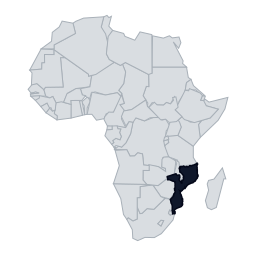 Mozambique highlighted on a map of Africa
{"feature_id": "MOZ", "entity_name": "Mozambique", "entity_type": "country or territory", "adm_level": 0, "iso_a3": "MOZ", "parent_name": "Africa", "parent_adm1": "", "projection": "mercator", "projection_center": [35.316, -18.663], "detail": "fine", "context": "in_parent", "style": "filled", "palette": "ink", "viewbox_px": 256, "rotation_deg": 0, "n_neighbors": 49, "source": "natural_earth", "source_scale": "50m", "svg_char_len": 14690}
<svg xmlns="http://www.w3.org/2000/svg" viewBox="0 0 256 256"><path d="M177.9,135.4L193.3,146.2L193.3,157.4L196.5,162.8L194.2,164.5L179.8,166.3L177.4,160.1L168.7,156.9L165.4,151.6L164.6,145.7L168.7,142.4L167.8,135.9L177.9,135.4Z" fill="#d9dde1" stroke="#a8b0b8" stroke-width="1"/><path d="M54.1,49.7L54.1,54.6L44.5,54.5L44.6,62.7L41.9,62.9L41.7,69.1L29.7,70.1L41.2,48.8L54.1,49.7Z" fill="#d9dde1" stroke="#a8b0b8" stroke-width="1"/><path d="M164.6,145.7L168.7,156.9L162.9,157.5L161.8,167.1L165.4,168.3L165.7,171.5L158.3,166.6L143.7,165.0L142.5,153.9L137.7,152.8L134.6,155.9L130.1,156.1L126.8,149.7L114.7,149.5L118.9,145.7L121.7,147.1L125.9,142.9L130.6,133.8L133.2,120.4L135.9,117.9L144.5,120.9L153.9,117.3L158.9,117.4L162.0,120.1L165.7,119.2L170.0,126.2L166.2,130.9L164.6,145.7Z" fill="#d9dde1" stroke="#a8b0b8" stroke-width="1"/><path d="M200.2,137.5L198.5,124.5L201.8,120.3L210.1,118.0L218.3,109.2L206.3,105.8L203.1,101.7L204.8,99.0L209.0,102.1L227.9,97.4L224.9,109.0L218.1,120.3L200.2,137.5Z" fill="#d9dde1" stroke="#a8b0b8" stroke-width="1"/><path d="M193.3,146.2L177.9,135.4L181.2,127.1L178.2,120.2L182.0,116.6L190.2,122.1L201.0,121.2L198.5,124.5L200.2,137.5L193.3,146.2Z" fill="#d9dde1" stroke="#a8b0b8" stroke-width="1"/><path d="M150.8,108.6L148.5,107.3L147.5,106.5L147.8,103.1L143.1,95.7L146.3,86.4L148.8,86.6L148.7,73.2L152.0,73.2L152.0,67.0L186.5,67.0L188.3,77.5L191.0,79.4L186.5,82.6L184.8,92.8L178.9,101.5L178.1,107.2L174.5,96.7L170.5,103.9L166.5,102.5L163.5,105.1L157.1,104.9L152.2,102.6L148.8,107.4L150.8,108.6Z" fill="#d9dde1" stroke="#a8b0b8" stroke-width="1"/><path d="M148.6,74.5L148.8,86.6L146.3,86.4L143.1,95.7L145.8,100.0L131.6,109.6L123.7,111.0L119.9,104.7L124.3,103.4L121.8,93.5L118.7,90.4L123.7,83.6L125.6,72.0L122.5,64.3L125.4,62.5L148.6,74.5Z" fill="#d9dde1" stroke="#a8b0b8" stroke-width="1"/><path d="M126.8,219.4L128.2,217.7L133.0,220.9L137.2,219.0L137.2,207.0L140.1,213.6L142.1,213.3L147.1,208.6L153.9,209.3L164.9,198.5L170.0,199.0L172.2,205.7L171.9,210.4L169.6,210.1L168.5,213.4L170.3,215.1L174.8,213.3L173.0,220.0L161.4,233.6L154.3,237.6L145.0,237.4L137.7,240.6L132.8,238.3L132.3,229.7L126.8,219.4ZM163.6,220.6L161.0,220.3L157.8,223.7L161.0,226.0L163.6,220.6Z" fill="#d9dde1" stroke="#a8b0b8" stroke-width="1"/><path d="M163.6,220.6L161.0,226.0L157.8,223.7L161.0,220.3L163.6,220.6Z" fill="#d9dde1" stroke="#a8b0b8" stroke-width="1"/><path d="M170.0,199.0L160.8,196.6L152.8,185.0L158.0,185.6L167.3,178.3L174.8,181.9L174.3,192.9L170.0,199.0Z" fill="#d9dde1" stroke="#a8b0b8" stroke-width="1"/><path d="M164.9,198.5L153.9,209.3L147.1,208.6L142.1,213.3L140.1,213.6L137.2,207.0L137.2,197.7L140.0,197.6L140.1,186.6L152.8,185.0L160.8,196.6L164.9,198.5Z" fill="#d9dde1" stroke="#a8b0b8" stroke-width="1"/><path d="M137.2,197.7L137.2,219.0L133.0,220.9L128.2,217.7L126.8,219.4L123.5,214.5L120.8,198.6L113.4,183.7L152.2,184.5L140.1,186.6L140.0,197.6L137.2,197.7Z" fill="#d9dde1" stroke="#a8b0b8" stroke-width="1"/><path d="M30.7,92.7L28.1,89.3L32.4,84.1L36.9,83.6L43.9,89.6L45.8,96.1L30.8,96.3L30.3,94.0L39.1,93.0L30.7,92.7Z" fill="#d9dde1" stroke="#a8b0b8" stroke-width="1"/><path d="M45.8,96.1L43.9,89.6L45.4,87.3L63.2,87.0L60.5,57.6L65.0,57.6L88.5,74.2L88.5,76.1L91.7,75.8L89.9,86.8L76.2,88.5L67.7,93.1L63.6,102.3L56.0,102.8L52.8,96.5L49.8,97.9L45.8,96.1Z" fill="#d9dde1" stroke="#a8b0b8" stroke-width="1"/><path d="M29.7,70.1L41.7,69.1L41.9,62.9L44.6,62.7L44.5,54.5L54.1,54.6L54.1,49.7L65.0,57.6L60.5,57.6L63.2,87.0L45.4,87.3L43.9,89.6L36.9,83.6L31.4,85.0L32.0,72.9L29.7,70.1Z" fill="#d9dde1" stroke="#a8b0b8" stroke-width="1"/><path d="M87.1,114.4L84.7,114.7L84.2,105.9L81.6,102.0L87.6,96.7L90.4,101.2L87.2,107.8L87.1,114.4Z" fill="#d9dde1" stroke="#a8b0b8" stroke-width="1"/><path d="M122.5,64.3L125.6,72.0L123.7,83.6L118.7,90.4L121.8,93.5L120.6,96.0L117.4,92.7L105.5,95.0L95.1,91.9L91.3,92.9L89.8,98.5L82.3,94.9L80.4,88.7L89.9,86.8L91.7,75.8L114.2,62.3L120.4,65.4L122.5,64.3Z" fill="#d9dde1" stroke="#a8b0b8" stroke-width="1"/><path d="M87.1,114.4L92.0,92.2L105.5,95.0L117.4,92.7L121.7,97.2L113.5,112.2L106.2,113.8L104.0,118.7L96.5,120.2L91.9,114.3L87.1,114.4Z" fill="#d9dde1" stroke="#a8b0b8" stroke-width="1"/><path d="M121.5,94.9L124.3,103.4L119.9,104.7L124.2,110.2L121.4,118.8L125.7,127.6L107.4,126.0L104.0,119.5L104.8,116.6L108.7,112.1L113.5,112.2L121.5,94.9Z" fill="#d9dde1" stroke="#a8b0b8" stroke-width="1"/><path d="M81.9,100.4L84.7,114.7L82.4,115.3L79.2,101.3L81.9,100.4Z" fill="#d9dde1" stroke="#a8b0b8" stroke-width="1"/><path d="M79.4,100.4L82.4,115.3L71.0,118.1L70.8,100.5L79.4,100.4Z" fill="#d9dde1" stroke="#a8b0b8" stroke-width="1"/><path d="M56.0,102.8L61.3,101.8L71.1,104.4L71.0,118.1L56.9,119.9L57.3,116.0L54.3,113.7L56.0,102.8Z" fill="#d9dde1" stroke="#a8b0b8" stroke-width="1"/><path d="M39.5,95.7L49.8,97.9L52.8,96.5L56.0,102.8L55.2,110.2L52.5,111.3L50.9,107.7L48.8,108.2L47.0,103.2L40.8,106.6L35.3,100.3L39.5,95.7Z" fill="#d9dde1" stroke="#a8b0b8" stroke-width="1"/><path d="M30.8,96.3L39.5,95.7L39.3,98.0L35.3,100.3L30.8,96.3Z" fill="#d9dde1" stroke="#a8b0b8" stroke-width="1"/><path d="M54.8,110.2L54.3,113.7L57.3,116.0L56.9,119.9L46.0,112.8L49.6,108.1L52.5,111.3L54.8,110.2Z" fill="#d9dde1" stroke="#a8b0b8" stroke-width="1"/><path d="M40.8,106.6L47.0,103.2L49.6,108.1L46.0,112.8L40.8,106.6Z" fill="#d9dde1" stroke="#a8b0b8" stroke-width="1"/><path d="M63.6,102.3L66.9,93.8L76.2,88.5L80.4,88.7L82.3,94.9L85.6,95.6L81.9,100.4L70.8,100.5L71.1,104.4L63.6,102.3Z" fill="#d9dde1" stroke="#a8b0b8" stroke-width="1"/><path d="M158.9,117.4L150.3,117.7L144.5,120.9L135.9,117.9L133.0,122.4L129.1,121.7L125.9,126.0L121.4,116.7L123.7,111.0L131.6,109.6L145.8,100.0L147.5,106.5L158.9,117.4Z" fill="#d9dde1" stroke="#a8b0b8" stroke-width="1"/><path d="M133.0,122.4L130.6,133.8L125.9,142.9L121.7,147.1L116.0,145.5L114.0,147.3L111.6,144.2L113.8,142.6L112.7,140.6L115.9,138.3L120.0,139.8L121.3,136.5L119.6,132.5L120.8,129.1L117.9,128.8L117.3,126.0L125.7,127.6L129.1,121.7L133.0,122.4Z" fill="#d9dde1" stroke="#a8b0b8" stroke-width="1"/><path d="M112.1,126.0L117.0,125.8L117.9,128.8L120.8,129.1L119.6,132.5L121.3,136.5L120.0,139.8L115.9,138.3L112.7,140.6L113.8,142.6L111.6,144.2L104.9,135.8L106.9,129.7L112.1,129.5L112.1,126.0Z" fill="#d9dde1" stroke="#a8b0b8" stroke-width="1"/><path d="M107.4,126.0L112.1,126.0L112.1,129.5L106.9,129.7L107.4,126.0Z" fill="#d9dde1" stroke="#a8b0b8" stroke-width="1"/><path d="M168.7,156.9L175.9,160.9L174.4,172.9L175.9,173.6L167.1,176.1L167.3,178.3L158.0,185.6L146.8,184.4L143.0,180.0L143.1,170.4L149.1,170.5L148.8,164.6L158.3,166.6L165.7,171.5L165.4,168.3L161.8,167.1L162.0,159.4L163.7,157.1L168.7,156.9Z" fill="#d9dde1" stroke="#a8b0b8" stroke-width="1"/><path d="M174.6,159.6L179.0,162.3L179.8,172.5L183.1,175.6L181.2,182.2L179.5,175.6L174.4,172.9L176.7,163.4L174.6,159.6Z" fill="#d9dde1" stroke="#a8b0b8" stroke-width="1"/><path d="M172.6,213.3L170.3,215.1L168.5,213.4L169.6,210.1L172.6,213.3Z" fill="#d9dde1" stroke="#a8b0b8" stroke-width="1"/><path d="M114.0,147.3L116.0,147.1L114.7,149.5L114.0,147.3ZM115.1,150.4L126.8,149.7L130.1,156.1L134.6,155.9L137.7,152.8L142.5,153.9L143.7,165.0L149.2,165.5L149.1,170.5L143.1,170.4L143.0,180.0L146.8,184.4L113.4,183.7L119.3,165.7L115.1,150.4Z" fill="#d9dde1" stroke="#a8b0b8" stroke-width="1"/><path d="M167.9,139.6L168.7,142.4L164.6,145.7L163.7,140.9L167.9,139.6Z" fill="#d9dde1" stroke="#a8b0b8" stroke-width="1"/><path d="M222.4,167.9L225.8,178.9L223.8,178.9L216.3,207.5L211.4,209.7L207.4,207.7L205.4,200.6L208.6,190.2L207.2,184.0L208.6,180.4L214.0,179.1L222.4,167.9Z" fill="#d9dde1" stroke="#a8b0b8" stroke-width="1"/><path d="M30.3,94.0L35.5,91.8L39.1,93.0L30.3,94.0Z" fill="#d9dde1" stroke="#a8b0b8" stroke-width="1"/><path d="M106.9,40.0L101.2,27.0L103.8,16.8L107.0,15.4L108.9,17.6L111.4,16.3L108.8,26.2L112.7,30.4L106.9,40.0Z" fill="#d9dde1" stroke="#a8b0b8" stroke-width="1"/><path d="M54.1,49.7L54.1,44.9L75.5,33.4L73.0,23.2L75.8,21.3L83.6,18.1L103.8,16.8L101.2,27.0L105.6,33.9L107.8,43.0L106.4,53.9L109.3,59.5L114.2,62.3L95.8,74.5L88.5,76.1L88.5,74.2L54.1,49.7Z" fill="#d9dde1" stroke="#a8b0b8" stroke-width="1"/><path d="M185.2,90.2L186.5,82.6L191.0,79.4L193.5,85.7L204.6,95.4L202.5,95.8L195.7,89.9L185.2,90.2Z" fill="#d9dde1" stroke="#a8b0b8" stroke-width="1"/><path d="M41.2,48.8L51.5,41.3L52.3,32.3L59.2,27.0L62.1,21.1L73.0,23.2L75.5,33.4L54.1,44.9L54.1,48.8L41.2,48.8Z" fill="#d9dde1" stroke="#a8b0b8" stroke-width="1"/><path d="M186.5,67.0L152.0,67.0L152.5,35.8L163.4,38.1L169.4,35.8L172.3,37.9L179.0,37.0L180.9,42.7L178.6,48.3L173.3,41.9L183.1,60.9L182.6,63.5L186.5,67.0Z" fill="#d9dde1" stroke="#a8b0b8" stroke-width="1"/><path d="M151.8,34.6L152.0,73.2L148.6,74.5L125.4,62.5L120.4,65.4L109.3,59.5L106.4,53.9L108.2,36.4L112.7,30.4L123.6,33.4L125.0,36.4L134.8,40.2L140.0,31.9L151.8,34.6Z" fill="#d9dde1" stroke="#a8b0b8" stroke-width="1"/><path d="M218.3,109.2L210.1,118.0L194.3,122.6L184.5,119.6L175.1,109.9L185.2,90.2L188.6,90.8L189.5,88.6L200.3,93.1L202.5,95.8L200.7,100.3L203.7,100.6L206.3,105.8L218.3,109.2Z" fill="#d9dde1" stroke="#a8b0b8" stroke-width="1"/><path d="M202.5,95.8L205.3,96.3L203.7,100.6L200.7,100.3L202.5,95.8Z" fill="#d9dde1" stroke="#a8b0b8" stroke-width="1"/><path d="M177.9,135.4L165.3,136.5L170.2,121.6L178.2,120.2L179.6,122.3L181.2,127.1L177.9,135.4Z" fill="#d9dde1" stroke="#a8b0b8" stroke-width="1"/><path d="M167.8,135.9L168.8,139.2L163.7,140.9L164.5,137.3L167.8,135.9Z" fill="#d9dde1" stroke="#a8b0b8" stroke-width="1"/><path d="M169.0,122.4L165.7,119.2L160.7,119.8L148.8,107.4L154.3,102.2L157.1,104.9L163.5,105.1L166.5,102.5L170.5,103.9L173.5,100.2L172.6,97.5L175.9,96.9L178.1,107.2L175.1,109.9L182.0,116.6L176.4,121.6L169.0,122.4Z" fill="#d9dde1" stroke="#a8b0b8" stroke-width="1"/><path d="M170.3,199.5L170.7,199.1L171.1,198.7L171.6,198.2L172.0,197.7L172.4,197.3L172.9,196.7L173.4,196.1L173.6,196.0L173.4,195.5L173.8,194.9L173.8,194.5L173.8,194.2L173.9,193.9L174.3,193.6L174.6,193.1L174.9,192.6L175.3,191.9L175.3,191.6L175.2,191.3L175.0,190.9L174.8,190.6L174.6,190.1L174.8,189.6L174.8,189.4L174.8,189.2L174.6,189.0L174.4,188.9L174.4,188.7L174.5,188.4L174.9,188.2L175.0,187.9L175.1,187.3L175.3,186.9L175.2,186.7L175.2,186.4L175.1,186.1L175.1,185.1L175.2,184.1L175.2,183.5L174.9,182.9L174.9,182.4L175.1,182.1L175.1,181.9L174.7,181.9L174.2,181.5L173.7,181.3L173.1,181.1L172.2,181.0L171.5,180.4L170.9,180.3L170.7,180.2L170.1,179.8L169.3,179.8L168.4,179.7L167.8,179.7L167.7,179.7L167.7,179.1L167.7,178.7L167.7,178.2L167.6,177.8L167.4,177.6L167.3,177.3L167.2,176.9L167.2,176.7L167.8,176.4L168.1,176.3L168.5,176.2L169.2,176.0L169.8,175.8L170.4,175.6L171.0,175.5L171.3,175.3L171.6,175.2L172.3,175.0L172.5,174.9L172.9,174.7L173.2,174.7L174.0,174.4L174.9,174.1L175.2,174.0L175.9,173.8L176.0,173.8L176.4,174.6L176.7,175.0L177.1,175.4L177.3,175.3L177.5,175.3L178.1,175.2L178.3,175.2L178.5,175.1L178.8,175.0L179.1,174.9L179.3,175.0L179.7,175.5L179.7,175.9L179.8,176.5L179.8,176.8L179.8,177.1L179.8,177.6L179.4,178.2L179.4,178.4L179.2,178.8L179.0,179.1L178.9,179.2L178.9,179.4L179.0,179.5L179.3,179.8L179.4,180.0L179.3,180.3L179.4,180.5L179.5,180.6L180.0,181.0L180.4,181.5L180.9,182.0L181.1,182.2L181.3,182.3L181.4,182.5L181.2,182.8L181.3,183.0L181.5,183.2L181.9,183.1L181.9,182.2L181.8,181.7L181.6,181.5L181.6,181.4L181.8,180.9L181.9,180.5L182.0,180.3L182.1,180.2L182.8,180.1L183.2,180.0L183.3,179.9L183.4,179.6L183.5,178.8L183.5,178.0L183.4,177.5L183.5,176.8L183.7,176.4L183.6,175.7L183.1,175.1L182.5,174.3L182.2,173.9L181.8,173.4L181.1,172.7L180.8,172.4L180.7,172.3L180.1,172.2L179.8,171.8L179.8,171.4L179.8,171.1L179.7,170.5L179.6,169.7L179.4,168.9L179.2,168.4L179.2,168.2L179.3,168.1L179.5,167.7L179.7,167.4L179.8,167.3L179.9,166.8L180.0,166.6L180.6,166.5L181.0,166.5L181.6,166.5L182.3,166.5L182.6,166.6L182.9,166.5L183.1,166.4L183.4,166.1L183.7,166.1L184.2,166.4L184.5,166.6L184.6,166.8L184.9,166.9L185.5,166.9L186.0,166.8L186.2,166.6L186.5,166.5L186.8,166.5L187.1,166.5L187.5,166.8L188.0,166.9L188.5,166.8L189.0,166.5L189.3,166.2L189.4,165.9L189.5,165.7L189.9,165.6L190.3,165.6L190.7,165.7L191.2,166.0L191.6,165.8L192.1,165.5L192.7,165.3L193.2,165.3L193.7,165.1L194.0,164.9L194.4,164.7L194.7,164.6L195.1,164.5L195.6,164.3L196.1,163.9L196.6,163.5L197.0,163.2L197.1,163.5L197.4,163.8L197.2,163.9L197.0,164.1L197.4,164.3L197.1,164.6L197.1,164.8L197.2,165.0L197.1,165.3L196.9,165.6L196.8,165.8L197.0,166.1L196.9,166.7L197.1,167.3L197.1,167.6L197.2,167.8L197.1,168.1L197.1,168.7L197.2,168.9L197.0,169.2L197.2,169.3L197.3,169.6L197.3,170.0L197.2,170.2L196.9,170.4L196.9,170.5L197.3,170.7L197.3,170.9L197.3,171.1L197.3,171.4L197.2,171.6L197.3,171.8L197.2,172.1L197.3,172.3L197.3,172.6L197.3,173.3L197.4,174.1L197.5,174.3L197.7,174.6L197.5,174.9L197.5,175.1L197.5,175.3L197.7,175.0L197.9,175.0L198.0,175.1L198.0,175.3L198.0,175.6L198.1,175.9L198.1,176.1L197.9,176.2L197.7,176.5L197.6,176.8L197.5,177.0L197.4,177.1L197.5,177.3L197.5,177.5L197.3,178.1L196.5,179.0L196.2,179.3L195.9,179.7L195.9,179.8L195.6,180.4L195.2,180.5L195.2,181.1L194.9,181.2L194.5,181.5L193.4,182.1L193.2,182.3L193.0,182.7L192.6,182.8L192.4,182.9L192.0,182.9L191.9,182.9L191.7,183.0L190.9,183.3L190.2,183.5L190.0,183.8L189.3,184.0L188.4,184.5L187.6,185.0L187.1,185.5L186.9,185.6L186.7,185.8L186.7,186.1L186.2,186.8L185.6,187.4L185.4,187.6L185.2,187.9L185.2,188.2L184.9,188.3L184.8,188.0L184.7,188.5L184.4,188.4L183.9,188.6L183.6,188.9L183.0,189.4L182.2,190.4L180.9,191.4L180.7,191.4L180.3,191.1L180.1,191.0L180.3,191.3L180.3,191.8L180.4,192.3L180.2,193.2L180.2,193.4L180.4,193.7L180.7,194.1L181.0,194.5L181.4,195.7L181.5,196.3L181.9,197.1L181.9,197.5L182.0,198.3L182.0,199.0L182.0,199.4L182.2,199.6L182.3,199.5L182.3,199.2L182.3,198.8L182.4,198.6L182.5,198.6L182.6,198.8L182.6,199.0L182.7,199.4L182.5,200.3L182.6,200.6L182.8,201.2L182.5,201.9L182.2,203.6L182.2,203.9L182.2,204.0L182.4,204.0L182.5,203.8L182.7,204.0L182.5,204.7L182.4,205.1L181.8,205.9L181.5,206.2L181.1,206.6L179.9,207.1L177.7,207.9L176.8,208.3L176.3,208.6L175.2,209.3L174.7,209.8L174.5,210.4L174.3,210.6L174.1,211.0L174.4,211.5L174.6,211.6L174.8,211.8L175.0,211.4L175.0,211.2L175.1,211.8L175.0,213.6L174.9,213.7L174.6,213.7L174.1,213.7L173.8,213.7L173.4,213.7L172.9,213.6L172.7,213.7L172.7,212.6L172.6,212.4L172.5,212.1L172.5,211.9L172.5,211.6L172.6,211.3L172.5,211.0L172.3,210.8L172.2,210.8L172.2,210.6L172.1,210.2L172.3,209.8L172.3,208.9L172.3,208.6L172.3,208.0L172.3,207.2L172.3,206.6L172.3,206.0L172.3,205.7L172.2,205.6L172.1,205.3L172.0,204.6L171.8,204.2L171.6,203.9L171.5,203.7L171.4,203.5L171.2,203.1L171.0,202.9L171.0,202.7L171.0,202.2L170.8,201.4L170.7,200.8L170.5,200.1L170.3,199.7L170.3,199.5ZM180.3,168.1L180.4,167.9L180.2,167.8L180.1,168.0L180.3,168.1ZM180.0,167.8L180.0,167.7L179.9,167.7L179.8,167.8L180.0,167.9L180.0,167.8Z" fill="#0f172a" stroke="#020617" stroke-width="1.5"/></svg>